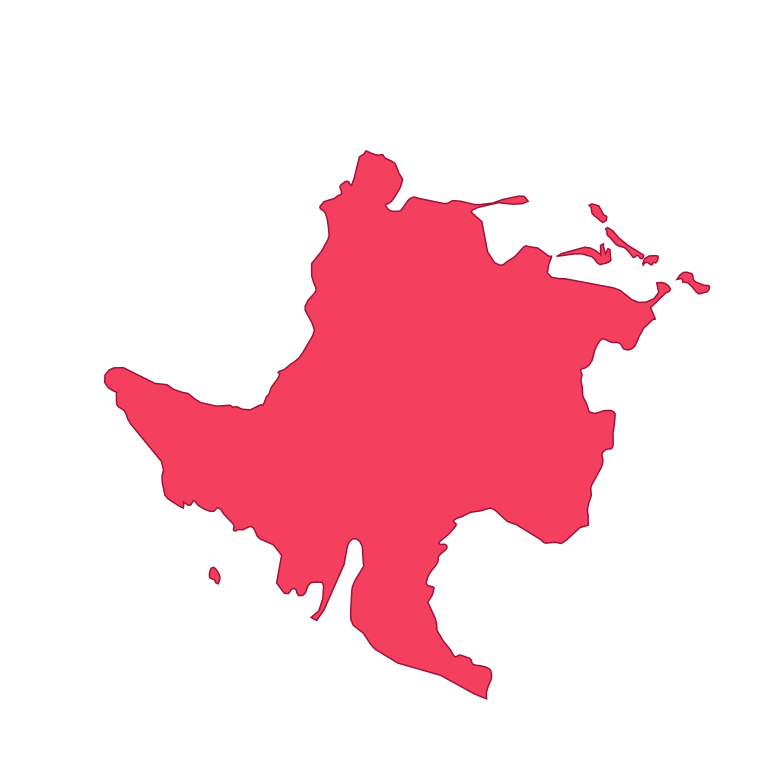 Matanzas, Equal Earth projection, rotated 24°
{"feature_id": "CUB-1430", "entity_name": "Matanzas", "entity_type": "Province", "adm_level": 1, "iso_a3": "CUB", "parent_name": "Cuba", "parent_adm1": "", "projection": "equal_earth", "projection_center": [-81.101, 22.655], "detail": "fine", "context": "isolated", "style": "filled", "palette": "rose", "viewbox_px": 768, "rotation_deg": 24, "n_neighbors": 0, "source": "natural_earth", "source_scale": "10m", "svg_char_len": 6176}
<svg xmlns="http://www.w3.org/2000/svg" viewBox="0 0 768 768"><g transform="rotate(24 384 384)"><path d="M272.7,178.3L280.5,178.3L285.4,177.5L289.4,174.9L292.9,177.2L299.9,177.3L304.0,177.9L306.1,179.5L311.4,184.9L317.9,189.5L318.9,197.7L317.9,207.1L316.5,214.2L314.6,217.4L312.7,219.0L312.7,220.2L316.4,222.6L319.9,223.1L323.3,222.1L327.9,219.8L329.1,217.7L331.0,207.7L332.1,204.3L334.6,201.4L336.9,200.5L339.6,200.4L365.3,194.8L368.7,193.0L372.0,188.6L379.5,185.9L393.9,183.2L398.4,181.3L409.8,174.4L417.2,167.3L430.7,157.5L435.7,155.6L441.4,158.4L437.1,163.0L428.6,167.3L414.8,171.8L398.2,184.4L393.9,189.1L393.9,191.6L407.4,195.9L424.8,221.1L435.7,228.2L441.8,228.3L444.4,226.5L446.5,222.3L451.2,215.4L452.6,212.1L455.8,202.1L457.4,200.0L460.8,199.5L469.0,197.2L481.7,200.0L483.8,199.9L485.0,199.1L485.6,200.6L485.7,207.1L488.0,216.1L493.6,218.3L500.5,216.7L506.7,214.2L554.6,202.8L562.1,202.5L576.3,206.2L583.9,205.8L590.3,202.4L596.0,196.2L597.7,188.6L592.0,180.7L596.0,178.4L600.2,177.8L604.0,178.6L607.0,180.7L607.0,183.2L604.4,186.2L596.4,205.8L604.9,213.7L605.3,214.6L603.4,215.6L598.6,227.2L597.7,236.6L597.9,240.8L597.7,247.6L596.2,250.8L594.0,253.1L591.0,254.2L589.2,254.5L587.8,254.1L585.1,251.8L582.7,250.8L579.6,251.4L575.3,253.4L566.4,253.4L564.8,254.4L563.8,256.2L563.0,260.0L562.7,263.3L562.9,267.9L564.5,277.4L563.7,283.3L562.1,286.3L560.5,288.2L558.4,289.8L558.0,291.3L558.5,292.5L560.8,294.3L561.4,295.6L561.7,298.3L562.3,300.2L563.4,302.1L566.5,306.4L570.2,313.7L571.5,315.1L576.6,319.2L582.7,325.9L587.7,325.5L589.9,324.3L595.9,318.8L601.9,315.9L604.8,315.9L607.1,317.1L607.9,318.7L610.9,327.2L613.1,335.6L617.7,345.4L618.5,348.5L618.1,350.6L613.6,353.3L611.9,356.4L611.6,358.8L612.1,360.6L614.3,363.4L615.7,366.3L616.2,369.0L616.4,372.5L614.8,391.7L615.1,394.7L618.7,401.6L619.5,409.6L620.3,413.8L621.7,417.9L623.6,420.4L628.0,429.9L621.9,435.1L620.8,436.8L614.1,452.5L610.8,457.6L605.1,458.8L596.3,463.7L594.3,463.8L589.9,462.3L561.7,458.6L554.5,459.3L552.2,459.2L536.8,454.1L533.4,453.9L531.0,454.5L523.5,460.8L515.2,466.0L509.1,473.5L505.4,476.8L503.1,480.2L503.2,481.0L504.1,481.6L506.8,482.6L507.3,483.6L507.1,485.3L504.2,494.8L499.4,504.4L498.7,506.6L499.0,507.4L501.0,507.5L504.9,505.6L505.8,505.7L507.7,506.9L508.2,508.6L507.7,510.7L505.4,515.1L504.4,517.6L504.0,519.7L505.4,524.1L505.4,526.2L505.0,529.4L503.3,535.1L502.4,541.8L503.2,547.6L503.8,549.0L504.7,549.8L505.9,550.3L510.9,549.5L512.1,549.6L512.7,550.0L513.6,554.4L513.9,557.7L512.7,565.4L525.5,576.7L529.3,581.2L532.6,587.5L542.3,594.4L552.9,599.9L557.2,603.1L559.4,604.2L560.5,604.2L563.0,601.0L564.3,600.5L571.4,599.9L574.2,599.8L575.8,600.6L577.8,603.1L579.2,603.8L582.1,603.6L586.4,602.2L592.8,601.1L596.1,601.5L598.1,602.4L600.3,605.4L601.8,608.9L602.1,611.1L602.2,618.2L602.8,622.9L603.5,625.4L605.8,629.9L592.1,630.4L554.4,627.1L510.3,633.3L483.7,629.9L477.8,627.3L466.3,620.0L454.2,617.0L449.6,612.8L446.5,606.5L438.6,585.8L437.6,581.8L437.4,575.3L439.7,557.9L438.3,556.7L430.2,541.1L426.1,537.8L422.0,536.7L418.5,538.1L416.5,542.3L416.6,547.4L420.9,565.0L421.1,614.7L418.7,627.4L412.3,626.9L416.7,617.9L415.4,605.0L411.0,593.1L408.1,590.2L399.6,594.1L397.7,595.8L396.7,599.3L397.1,606.9L395.8,610.1L392.2,612.1L389.7,610.6L387.7,608.1L385.1,607.2L382.9,609.2L382.6,612.0L381.7,614.6L377.9,615.7L366.8,609.4L360.1,582.1L348.5,575.9L333.8,575.9L330.3,574.7L324.4,569.3L321.2,568.1L318.8,569.3L314.3,574.7L310.7,575.9L309.9,576.4L308.4,578.5L306.6,579.0L305.6,578.3L304.9,574.7L303.5,573.4L290.8,568.1L285.7,564.9L282.0,564.8L280.4,569.3L277.4,571.0L270.7,571.4L263.5,570.5L259.3,568.1L257.4,568.1L256.6,573.1L254.6,574.4L248.8,573.4L250.3,576.1L251.1,579.0L247.7,579.0L233.5,576.8L229.1,574.7L221.4,564.0L218.6,558.3L217.5,552.2L212.3,545.3L169.0,523.6L164.5,520.5L159.9,515.7L157.2,513.8L151.1,513.0L148.6,511.8L147.1,509.5L143.6,502.0L143.3,500.3L139.1,500.4L133.5,499.5L128.3,496.3L125.5,489.4L127.2,483.0L130.9,479.0L139.3,475.1L174.5,476.6L186.0,472.9L194.1,474.5L203.4,473.6L209.1,472.3L217.2,474.7L224.2,475.5L239.9,472.4L252.0,466.0L255.5,466.7L258.6,464.6L264.7,464.7L272.4,462.0L279.3,453.6L282.2,452.1L281.8,443.5L283.0,439.6L282.3,433.2L284.9,421.7L284.7,417.3L282.5,416.4L283.5,414.5L284.5,414.0L286.9,411.5L290.8,403.7L293.5,399.4L295.2,395.9L296.2,392.8L296.8,390.0L299.2,369.2L298.6,363.2L293.6,357.6L282.1,348.8L280.3,345.0L280.5,338.7L283.8,328.4L283.8,325.8L282.5,323.6L278.6,320.1L273.9,314.6L268.9,303.5L272.9,288.2L274.0,274.9L273.5,270.8L270.0,264.3L265.0,256.3L262.6,253.6L260.4,251.4L258.2,250.4L254.8,249.8L253.8,249.1L253.3,247.8L255.0,242.0L256.8,240.2L263.0,234.9L265.8,230.0L267.0,229.4L267.7,228.2L267.7,227.0L266.3,224.8L263.7,222.2L263.5,220.6L264.1,218.6L266.3,214.9L267.9,213.7L269.4,213.7L272.4,215.8L273.6,216.0L273.0,208.0L269.2,186.6L272.3,181.6L272.7,178.3ZM533.6,169.3L535.8,169.3L538.8,175.3L540.7,178.0L540.7,179.9L537.9,183.2L532.8,187.0L529.2,186.5L526.0,184.5L522.2,183.2L512.4,184.5L504.9,187.7L489.8,197.2L493.3,192.5L511.7,177.4L517.2,175.9L523.1,176.1L529.6,177.9L525.4,169.3L527.5,166.7L528.8,169.6L533.6,174.9L533.6,169.3ZM636.1,163.7L639.9,162.2L641.7,162.3L642.5,165.2L641.9,168.2L635.1,173.6L632.0,173.0L626.6,170.2L620.5,167.9L615.3,169.3L614.1,166.9L612.8,166.7L609.0,169.3L610.2,163.7L612.1,160.3L615.4,158.6L620.4,158.1L621.6,158.9L624.1,162.5L625.7,163.7L628.3,164.0L636.1,163.7ZM549.8,158.0L568.8,160.7L569.3,161.9L569.0,164.4L567.2,165.2L565.0,163.6L562.8,163.5L561.4,166.1L560.2,167.1L553.7,163.5L550.1,162.1L548.0,161.6L542.4,162.4L539.1,162.1L530.4,158.1L527.4,157.2L525.2,153.4L523.4,152.3L524.7,150.1L530.6,151.0L539.1,155.0L549.8,158.0ZM518.1,140.1L519.6,140.7L520.5,144.2L518.2,147.5L514.7,146.8L511.3,145.5L507.7,144.8L504.2,143.1L501.4,138.4L498.7,137.3L500.7,134.9L507.7,133.9L516.1,140.2L518.1,140.1ZM311.1,625.1L313.2,628.2L313.9,633.9L311.5,634.1L308.3,631.7L305.1,632.1L303.2,631.4L301.9,628.9L301.1,625.8L301.1,622.4L303.1,620.7L306.4,621.8L311.1,625.1ZM582.2,155.7L583.0,156.9L583.7,160.1L583.0,162.9L580.7,163.1L580.4,166.0L578.8,166.5L575.3,165.7L573.0,167.2L572.4,170.0L571.4,168.7L571.1,163.5L574.2,159.1L579.5,156.5L582.2,155.7Z" fill="#f43f5e" stroke="#9f1239" stroke-width="1.5"/></g></svg>